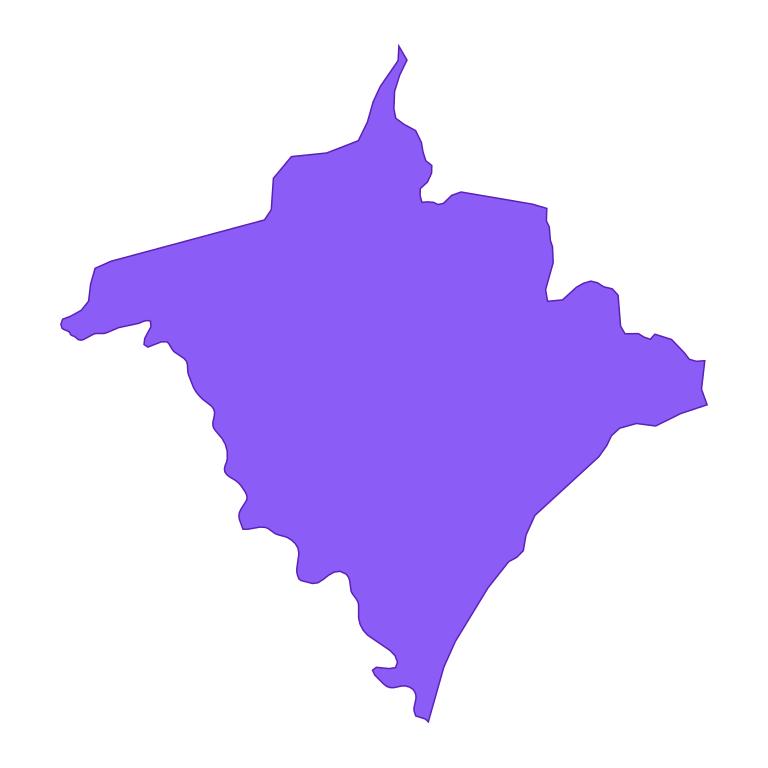 Gorgol, orthographic projection
{"feature_id": "MRT-2791", "entity_name": "Gorgol", "entity_type": "Region", "adm_level": 1, "iso_a3": "MRT", "parent_name": "Mauritania", "parent_adm1": "", "projection": "orthographic", "projection_center": [-12.986, 15.995], "detail": "fine", "context": "isolated", "style": "filled", "palette": "violet", "viewbox_px": 768, "rotation_deg": 0, "n_neighbors": 0, "source": "natural_earth", "source_scale": "10m", "svg_char_len": 2742}
<svg xmlns="http://www.w3.org/2000/svg" viewBox="0 0 768 768"><path d="M81.1,340.2L78.5,339.7L77.7,339.2L75.2,337.0L74.2,336.4L71.9,335.5L71.0,335.0L70.5,334.4L69.9,333.0L69.5,332.3L67.8,331.1L63.9,329.5L62.1,328.4L60.9,324.3L62.6,319.2L70.4,316.3L81.4,310.2L88.6,301.1L90.6,284.1L95.1,268.3L111.1,261.2L264.5,219.9L271.3,209.6L273.4,178.3L291.4,156.6L326.6,153.0L358.3,140.7L367.4,122.1L373.2,101.7L380.3,86.4L398.1,60.6L398.9,46.1L407.0,60.1L399.7,75.1L394.6,91.4L393.9,108.9L395.8,118.3L404.1,124.4L415.6,130.6L421.4,142.4L423.0,151.9L425.8,160.7L431.8,165.5L431.6,173.1L427.5,182.0L420.3,188.6L420.1,195.4L421.9,202.4L426.9,201.9L433.3,202.3L438.0,204.5L443.4,203.4L451.7,195.3L461.1,192.0L532.6,204.2L546.8,208.4L546.4,220.8L549.3,227.0L550.4,240.4L552.5,246.7L553.2,262.6L545.6,289.6L547.6,301.3L562.5,299.9L576.5,287.2L583.4,283.3L590.9,281.1L597.6,282.8L603.6,286.8L612.2,288.8L618.1,295.2L620.6,326.1L625.0,333.8L638.3,333.6L644.4,337.3L650.6,339.3L652.3,336.9L654.9,334.2L671.6,339.5L684.8,353.3L689.2,359.2L696.3,361.3L704.8,360.7L701.5,389.2L707.1,404.8L680.9,413.5L655.6,426.0L636.5,423.5L619.6,428.2L611.4,435.8L606.8,445.5L598.9,456.7L534.9,515.4L526.0,535.1L523.3,550.7L516.9,557.2L508.7,561.7L488.1,587.7L455.3,641.5L443.8,667.2L428.3,721.9L425.3,719.0L415.8,716.0L415.4,714.9L414.2,711.4L413.9,708.3L416.0,698.4L415.9,695.1L414.9,692.1L413.0,689.4L409.5,687.1L405.7,686.0L401.7,686.0L393.7,687.7L390.0,687.6L386.7,686.4L383.4,683.8L374.8,675.1L372.5,670.2L376.3,667.3L389.2,668.6L395.5,667.6L397.5,662.2L395.1,655.8L390.3,650.7L367.8,635.3L363.2,630.3L360.1,624.3L358.6,617.9L358.6,604.8L357.9,601.8L356.2,598.9L352.4,593.8L351.1,591.2L349.6,580.3L348.4,577.0L346.1,574.1L340.1,571.3L334.2,572.1L328.6,575.2L323.6,579.2L317.9,582.8L312.5,583.5L301.0,580.5L298.8,578.8L297.5,575.2L296.8,571.9L296.8,568.5L298.9,553.7L298.0,548.2L295.3,543.6L291.3,539.9L286.6,537.1L277.9,534.7L275.1,533.6L268.2,528.6L265.4,527.4L260.0,527.1L248.6,529.1L243.0,529.3L239.4,519.5L238.9,516.2L239.3,512.8L240.7,509.6L246.4,500.6L247.1,497.8L246.6,494.9L245.0,491.6L240.7,485.3L238.2,482.6L235.2,480.2L229.4,476.8L226.8,474.7L224.9,472.0L224.4,468.7L225.2,465.4L226.5,462.1L227.3,458.8L227.2,451.2L225.4,444.5L222.1,438.5L215.3,430.5L213.7,428.1L212.9,425.5L212.9,422.3L214.3,415.7L214.6,412.3L213.7,409.1L211.5,406.1L202.1,398.8L198.8,395.3L195.9,391.6L193.5,387.5L188.3,374.3L187.8,371.3L187.4,364.5L186.5,361.4L184.2,358.6L173.9,351.6L172.1,349.3L169.0,344.0L167.2,341.9L161.5,341.8L147.8,347.1L144.0,344.5L144.7,338.4L151.0,326.6L150.4,321.1L147.9,320.6L145.7,320.7L143.6,321.3L138.5,323.4L118.7,327.6L107.3,332.5L104.5,333.4L103.1,333.5L96.1,333.5L93.9,334.0L83.6,339.5L81.1,340.2Z" fill="#8b5cf6" stroke="#5b21b6" stroke-width="1.5"/></svg>